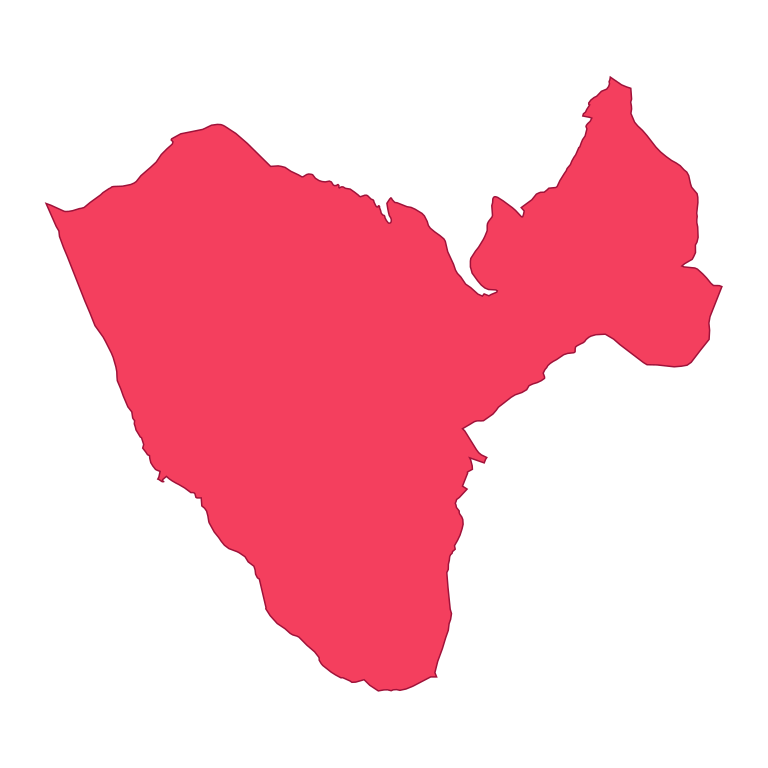 the district of Oncesti, Maramures, Romania
{"feature_id": "2599482B10269733092117", "entity_name": "Oncesti", "entity_type": "district", "adm_level": 2, "iso_a3": "ROU", "parent_name": "Romania", "parent_adm1": "Maramures", "projection": "robinson", "projection_center": [23.991, 47.848], "detail": "fine", "context": "isolated", "style": "filled", "palette": "rose", "viewbox_px": 768, "rotation_deg": 0, "n_neighbors": 0, "source": "geoboundaries", "source_scale": "gbopen_adm2", "svg_char_len": 6089}
<svg xmlns="http://www.w3.org/2000/svg" viewBox="0 0 768 768"><path d="M436.6,676.9L434.9,672.6L437.7,661.4L442.4,648.6L445.7,637.7L448.3,630.3L449.1,623.7L450.6,619.4L451.5,613.6L450.2,609.2L448.0,587.5L446.8,572.6L448.3,569.4L448.4,564.2L449.3,560.4L449.7,556.6L450.6,554.7L452.1,553.3L452.5,551.6L455.2,549.2L454.5,545.7L457.5,540.4L460.0,535.2L462.1,528.7L463.1,524.3L462.8,519.6L461.8,517.0L459.7,514.0L459.2,512.7L459.2,511.0L456.4,507.4L456.0,505.1L455.3,503.2L456.0,501.6L456.6,499.5L459.4,497.4L467.1,489.1L462.5,486.1L467.6,473.2L467.4,472.2L468.0,471.7L472.4,469.3L472.2,465.8L470.6,459.7L469.6,457.8L484.2,462.9L485.6,459.3L486.8,457.5L481.4,454.9L478.7,452.7L476.5,449.8L464.8,431.0L462.5,428.7L474.5,421.6L476.9,420.9L479.0,420.8L480.9,420.9L483.5,420.7L493.0,414.0L496.2,410.3L498.4,407.2L511.1,397.3L515.2,394.8L521.9,392.5L526.7,389.7L529.0,385.7L532.9,383.9L537.2,382.6L541.4,380.6L544.5,378.4L544.6,377.1L543.2,373.1L545.0,369.5L546.7,367.6L547.8,365.6L550.2,363.4L553.2,361.4L556.7,359.5L563.7,354.7L567.6,353.4L573.9,352.7L575.1,351.8L575.2,348.5L575.6,346.9L577.0,345.8L580.6,343.9L583.2,342.7L584.7,341.5L586.1,339.5L588.9,337.2L591.0,336.1L595.8,334.7L605.3,334.2L613.6,339.1L619.9,344.6L643.5,362.6L647.0,364.7L656.9,364.9L674.2,366.8L681.4,366.2L687.1,365.2L691.2,362.3L700.7,349.9L709.1,339.4L709.6,330.2L708.9,323.1L710.0,316.7L721.9,286.6L719.3,285.6L713.5,285.5L711.0,283.4L706.6,278.0L702.8,274.0L697.4,269.1L694.9,268.0L684.0,266.9L681.9,266.0L684.6,263.7L692.2,259.3L693.6,256.8L695.5,252.6L695.4,245.0L697.0,242.1L698.1,237.4L697.7,226.9L696.8,222.7L696.8,219.6L697.2,216.4L696.7,213.2L697.9,202.6L697.8,197.3L697.1,193.7L691.6,187.2L690.5,183.8L688.7,175.6L686.8,172.1L684.0,169.8L680.2,165.7L676.2,163.0L671.6,160.5L666.2,156.6L660.5,151.9L655.9,147.1L647.0,135.6L642.4,130.3L637.7,125.9L634.6,122.2L630.9,113.4L631.6,109.0L631.4,106.0L630.7,102.1L631.6,99.1L630.8,88.3L626.5,86.9L621.5,84.8L610.3,77.1L609.9,79.7L609.1,81.6L609.5,83.9L608.6,86.5L606.7,89.1L601.4,91.3L596.6,96.3L594.1,97.5L590.9,100.0L588.7,103.0L588.8,104.4L589.7,104.9L586.7,109.5L585.5,112.1L583.4,113.8L582.8,116.0L589.5,117.3L591.8,118.1L590.2,121.3L587.7,123.6L586.4,125.3L586.0,126.5L586.9,128.9L585.1,136.0L582.6,139.6L581.3,142.7L579.8,146.9L578.8,147.6L575.7,154.8L573.8,157.5L571.8,161.1L570.4,164.6L567.1,168.5L566.2,170.8L564.2,173.7L559.9,180.6L557.1,186.6L555.8,187.5L548.8,188.2L547.3,189.7L544.2,192.2L540.6,192.3L538.9,192.9L536.4,194.1L531.8,199.8L521.2,207.6L524.2,211.0L523.5,214.4L522.7,216.7L522.0,216.9L521.3,216.6L515.5,210.4L512.4,207.7L503.2,200.9L497.7,197.4L495.9,196.8L494.9,196.7L494.0,197.0L493.2,198.0L492.8,199.1L492.6,202.8L491.8,205.6L492.5,215.5L492.0,217.0L488.6,221.4L487.5,223.6L487.2,225.6L487.2,230.3L486.9,231.4L484.8,236.5L483.3,239.5L478.6,247.2L475.5,251.1L470.8,258.4L470.4,261.1L470.4,267.0L471.0,268.9L472.1,273.1L477.6,280.7L481.3,285.1L484.9,288.0L488.5,289.5L495.8,289.9L497.3,290.8L496.7,292.2L491.1,294.5L488.9,295.8L484.1,293.9L482.4,296.1L477.9,294.1L470.7,287.6L465.6,284.1L460.9,277.1L457.4,273.4L455.5,270.1L453.5,264.2L447.7,251.7L445.3,241.3L443.9,238.9L440.2,235.8L434.5,231.7L430.3,228.2L428.4,225.5L427.2,221.4L424.4,215.9L422.0,213.4L415.1,209.2L411.1,207.4L407.0,206.7L397.2,202.8L394.7,202.4L392.4,199.9L391.4,198.2L390.9,197.9L389.7,199.0L386.9,203.3L387.7,208.4L388.5,212.4L389.3,215.5L390.8,218.0L391.3,219.7L391.2,221.5L390.7,222.6L389.8,223.1L388.9,223.2L388.2,222.8L386.4,220.5L385.0,217.8L384.7,216.2L384.2,215.5L382.6,214.9L381.2,213.1L380.6,210.5L379.5,207.6L379.6,206.8L379.2,206.0L378.6,205.8L378.3,206.0L377.9,206.9L377.1,206.9L376.5,206.7L375.8,205.8L374.1,202.3L373.7,200.7L373.0,199.8L371.1,199.1L367.6,195.7L366.5,195.2L364.9,195.2L360.5,196.7L359.5,196.3L358.2,195.0L354.6,192.2L350.2,189.1L345.4,188.3L343.3,187.0L342.0,186.8L341.1,187.0L339.4,187.9L338.9,187.6L338.9,185.5L338.1,184.6L337.4,184.7L336.5,185.5L334.3,185.6L333.2,184.9L331.4,182.0L329.4,181.1L325.2,181.9L321.9,181.5L318.9,180.5L315.4,178.3L312.6,174.7L311.3,174.3L308.7,174.0L306.7,174.5L303.0,176.8L301.8,176.8L298.5,174.9L290.9,171.3L285.1,167.4L281.3,166.4L278.2,165.9L270.6,166.4L247.4,143.5L236.0,133.6L224.7,126.2L222.7,125.2L220.9,124.6L217.4,124.4L211.5,125.2L202.7,129.4L180.8,133.8L171.8,138.7L171.4,139.3L171.2,140.0L172.9,141.7L172.8,142.7L172.2,144.2L167.1,148.7L161.3,154.5L156.2,162.1L150.7,167.2L140.9,175.7L136.3,181.5L134.2,183.0L130.8,184.5L127.0,185.3L122.4,186.2L113.9,186.5L112.0,186.8L110.3,188.1L109.2,188.5L103.0,192.6L100.6,194.9L90.1,202.5L84.1,207.5L81.3,208.3L79.4,208.6L72.6,210.7L68.6,211.4L65.5,211.5L64.2,211.3L50.8,205.2L46.1,203.5L56.2,226.4L58.9,231.0L59.5,236.5L63.5,247.4L67.4,256.7L84.9,301.1L90.0,313.1L95.0,325.7L103.1,337.0L105.4,341.2L111.4,353.1L113.2,357.5L115.9,366.9L116.8,371.8L117.0,377.0L117.3,380.7L120.8,389.0L123.2,395.8L127.9,406.9L131.8,411.9L132.7,418.0L133.6,419.5L134.6,420.5L134.3,423.9L135.3,426.9L136.0,429.9L140.3,437.0L141.5,437.7L143.7,444.5L142.7,448.1L145.8,452.1L147.5,454.7L149.5,455.6L149.8,458.5L150.8,462.7L152.9,466.1L155.5,469.4L157.0,470.2L160.1,471.4L158.9,476.9L157.8,479.1L158.7,479.4L161.8,481.5L163.0,481.8L163.6,481.6L163.4,481.3L162.6,480.9L162.5,480.1L162.8,479.5L166.4,476.4L169.3,478.9L172.2,480.9L176.0,483.1L178.8,484.5L184.6,487.9L190.9,492.6L193.2,492.6L194.3,493.0L195.0,493.9L195.9,497.3L197.0,497.9L201.2,497.9L201.8,505.9L204.6,508.2L206.6,511.1L207.9,516.0L208.7,521.1L209.1,522.7L214.3,532.1L218.6,537.4L221.3,541.4L224.4,545.2L228.9,548.6L236.9,551.6L239.1,552.7L245.0,556.7L248.2,561.9L253.9,566.2L255.1,569.9L255.6,574.2L257.3,577.6L258.2,578.4L259.3,579.0L266.0,607.6L265.8,608.8L270.2,615.7L277.2,623.5L285.1,628.8L290.2,633.4L292.8,634.9L296.9,636.1L298.9,637.1L307.0,645.3L314.6,651.8L319.1,657.6L319.2,660.2L321.2,663.6L322.8,665.5L331.1,672.1L335.7,675.0L340.9,677.8L342.8,677.7L349.9,680.9L351.9,682.3L355.8,682.1L364.1,679.7L369.8,685.3L378.3,690.9L384.0,689.9L387.5,689.8L391.2,690.7L393.3,689.8L396.6,689.6L399.9,690.3L406.0,689.0L413.1,686.1L430.7,676.9L436.6,676.9Z" fill="#f43f5e" stroke="#9f1239" stroke-width="1.5"/></svg>